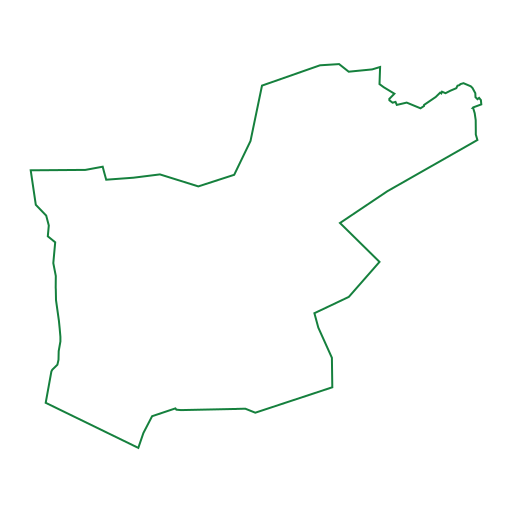 the district of Santiago Tillo, Oaxaca, Mexico
{"feature_id": "50627088B22600736926563", "entity_name": "Santiago Tillo", "entity_type": "district", "adm_level": 2, "iso_a3": "MEX", "parent_name": "Mexico", "parent_adm1": "Oaxaca", "projection": "albers", "projection_center": [-97.308, 17.467], "detail": "fine", "context": "isolated", "style": "outline", "palette": "green", "viewbox_px": 512, "rotation_deg": 0, "n_neighbors": 0, "source": "geoboundaries", "source_scale": "gbopen_adm2", "svg_char_len": 1230}
<svg xmlns="http://www.w3.org/2000/svg" viewBox="0 0 512 512"><path d="M138.3,447.9L143.4,433.0L152.1,416.2L175.4,408.4L176.4,409.7L181.0,410.1L233.4,409.0L236.2,409.0L236.7,408.9L245.3,408.7L255.3,412.7L330.4,387.9L332.3,387.3L331.9,357.8L318.3,327.6L314.4,313.2L348.8,296.9L379.5,261.9L340.0,223.0L387.4,191.2L477.4,140.0L475.8,134.5L475.8,129.9L475.7,120.1L474.7,113.2L473.1,107.9L472.8,107.9L473.2,107.4L481.3,104.4L480.9,100.1L479.1,97.9L477.5,99.2L475.5,97.2L475.3,93.2L472.5,88.0L470.8,86.3L463.5,83.2L460.4,84.1L459.5,85.1L457.5,85.7L456.3,88.2L450.4,90.7L445.5,93.2L442.0,91.7L441.3,93.4L440.2,92.6L435.7,97.0L424.1,104.9L424.0,106.0L420.5,108.3L406.7,102.6L396.8,104.9L395.5,101.9L392.6,102.7L389.4,100.3L389.3,98.9L394.4,93.7L383.7,87.2L379.5,84.1L380.1,67.0L372.2,69.4L348.7,71.7L339.1,64.1L320.0,65.3L262.0,85.6L250.5,141.0L234.2,174.8L198.3,186.4L159.9,174.4L133.5,177.7L106.2,179.7L104.1,172.1L102.7,166.7L85.4,169.9L30.7,170.3L35.8,204.8L46.2,215.6L48.8,225.5L47.8,236.3L55.2,242.3L53.3,263.1L55.8,276.0L55.7,287.7L55.8,289.4L56.0,300.1L58.9,320.7L59.7,328.7L60.4,336.8L60.4,341.5L58.7,351.1L58.5,359.8L57.4,364.7L52.3,369.7L51.4,371.4L45.7,402.8L138.3,447.9Z" fill="none" stroke="#15803d" stroke-width="2"/></svg>